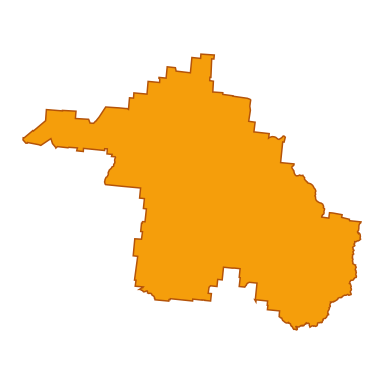 Barcaldine, Queensland, Australia
{"feature_id": "25037944B32668450975374", "entity_name": "Barcaldine", "entity_type": "district", "adm_level": 2, "iso_a3": "AUS", "parent_name": "Australia", "parent_adm1": "Queensland", "projection": "albers", "projection_center": [146.199, -23.052], "detail": "fine", "context": "isolated", "style": "filled", "palette": "amber", "viewbox_px": 384, "rotation_deg": 0, "n_neighbors": 0, "source": "geoboundaries", "source_scale": "gbopen_adm2", "svg_char_len": 6053}
<svg xmlns="http://www.w3.org/2000/svg" viewBox="0 0 384 384"><path d="M25.9,143.2L27.4,143.1L27.5,142.5L38.8,144.7L40.8,145.4L50.9,138.6L52.5,143.6L55.8,147.6L55.9,148.0L57.5,146.6L68.1,147.8L68.8,147.3L77.4,147.9L76.7,150.8L83.3,151.5L83.5,148.4L104.6,150.5L104.7,148.7L107.3,148.8L107.0,153.9L112.1,154.4L111.5,156.5L115.2,156.8L115.5,157.6L115.0,158.5L114.6,159.9L114.7,161.2L115.0,162.0L114.7,162.5L114.7,163.0L114.5,163.6L113.7,164.2L113.7,166.0L113.0,166.5L112.0,166.9L111.3,168.2L109.1,170.3L109.1,170.9L108.2,172.4L108.4,173.1L108.2,173.5L108.3,174.6L107.0,176.9L106.1,177.3L105.3,178.9L105.1,179.8L104.9,180.0L104.9,181.0L104.6,181.5L104.7,182.8L105.0,183.3L105.1,184.0L105.6,184.6L122.2,186.3L140.6,188.0L139.6,198.1L144.4,198.6L143.4,208.5L146.4,208.9L145.0,221.8L142.7,221.6L142.2,222.2L142.1,223.3L141.5,223.3L140.7,231.5L142.5,231.7L141.5,239.2L134.8,238.8L133.2,255.8L137.7,256.3L134.5,280.1L136.0,280.2L135.2,286.2L143.2,286.9L142.9,287.2L142.8,287.7L141.8,287.9L139.4,289.4L140.4,289.4L141.2,290.1L142.5,290.6L143.4,291.7L143.8,291.9L145.4,291.5L146.1,291.1L147.0,290.9L147.4,291.2L147.4,291.9L147.6,292.2L147.5,292.9L148.9,293.5L149.3,293.2L150.8,293.5L150.9,293.4L151.7,294.1L151.9,294.9L152.2,295.2L153.9,296.3L154.4,297.4L154.5,298.4L154.8,298.4L155.0,299.8L168.8,301.1L169.0,299.6L170.1,299.7L170.3,298.7L192.6,301.0L192.8,299.1L202.1,300.1L202.1,299.9L204.8,300.2L204.8,300.4L210.6,301.0L211.4,293.6L208.2,293.3L209.0,287.3L210.5,285.8L217.0,286.5L217.7,279.4L222.2,279.9L223.5,267.2L232.0,268.1L234.6,268.1L240.1,268.7L239.2,277.4L240.2,277.7L239.2,286.5L244.8,287.1L245.9,285.5L246.4,285.1L246.6,284.3L247.4,283.3L249.3,282.3L257.0,283.1L255.3,299.7L254.7,299.6L255.9,301.8L256.1,299.8L267.6,301.0L267.2,305.3L267.9,305.4L267.4,309.7L279.6,310.9L279.2,315.0L279.4,315.2L279.1,316.4L279.2,316.7L279.9,317.1L280.5,317.8L281.6,318.0L282.7,320.5L283.3,320.8L284.5,321.9L285.6,322.7L287.1,323.1L288.4,322.4L288.6,322.6L288.7,323.2L289.4,323.2L289.6,323.5L290.4,323.8L290.7,325.2L291.3,325.7L291.4,326.4L292.1,326.5L292.3,326.8L293.2,328.7L293.8,329.0L293.8,329.3L294.9,329.3L295.1,329.2L296.3,329.9L296.8,329.4L297.2,329.5L297.4,328.9L297.0,328.0L296.7,327.9L296.7,327.7L296.0,327.0L295.9,326.6L296.6,326.5L297.9,327.1L299.1,326.7L299.4,326.8L300.7,325.7L301.0,325.9L301.8,325.9L301.5,325.5L302.1,325.3L303.0,325.4L303.3,325.8L303.7,325.7L304.0,325.5L304.6,324.4L305.7,324.1L305.7,323.4L306.3,322.8L307.1,323.5L307.4,323.2L308.5,323.2L309.3,323.9L309.2,325.1L310.0,327.2L311.6,326.1L312.7,325.8L313.7,326.2L313.9,325.9L314.3,325.9L315.5,326.4L316.8,325.9L317.4,324.9L317.6,323.1L319.1,322.6L319.5,322.8L320.0,322.7L320.3,322.4L320.6,322.3L321.2,322.7L322.1,322.4L322.2,321.5L323.1,320.3L323.2,319.5L323.0,319.3L324.0,318.6L325.4,318.4L326.0,317.6L326.5,317.3L326.6,316.8L327.5,315.1L328.6,314.7L328.5,314.0L327.8,313.5L327.9,311.3L328.8,310.0L329.4,308.6L329.1,307.6L329.8,307.1L330.3,306.4L330.2,305.6L329.9,305.4L329.9,304.5L330.5,303.2L330.5,302.1L331.3,302.5L332.0,302.1L332.1,301.8L333.0,302.0L333.6,301.9L334.0,301.3L334.5,301.4L337.1,299.8L337.1,299.6L337.9,299.0L337.9,298.4L339.1,297.7L340.1,297.5L340.4,297.7L341.2,297.6L341.6,297.2L341.8,297.3L342.6,296.3L344.5,295.2L345.5,295.3L346.5,295.1L347.3,294.5L348.0,294.5L348.6,295.2L349.1,295.2L351.1,294.5L351.0,293.3L350.6,292.9L350.3,292.0L350.5,291.0L351.1,290.3L351.4,289.6L351.3,288.7L350.7,287.7L351.2,286.5L350.3,283.8L349.4,283.6L349.3,283.3L349.8,282.8L349.9,281.6L350.2,281.4L350.8,280.4L353.0,280.1L353.7,279.5L353.9,278.7L355.2,277.6L355.8,277.4L356.2,277.4L356.4,276.5L356.4,276.0L356.0,275.3L355.8,274.3L356.3,272.4L355.9,271.7L356.1,271.0L355.4,270.1L355.3,269.4L355.6,268.9L355.6,268.1L356.2,267.3L355.3,265.4L355.5,265.0L354.5,264.7L352.8,263.6L352.9,262.2L352.4,260.9L352.9,259.7L352.9,259.0L352.3,258.1L352.3,257.6L352.6,257.2L352.4,256.7L352.7,255.5L352.5,254.8L353.7,254.0L352.9,251.9L354.0,250.4L353.9,250.1L353.2,249.6L353.0,249.1L353.1,248.6L352.7,247.4L353.4,246.6L354.7,245.8L354.8,245.3L354.0,244.1L354.1,243.9L354.7,243.3L354.7,241.6L355.9,241.8L357.5,240.8L358.2,240.9L359.5,240.2L360.6,239.1L360.2,238.7L360.1,237.9L360.4,236.7L360.2,234.8L359.7,233.6L359.0,233.0L358.9,232.9L358.5,233.6L357.7,232.5L357.5,231.8L357.6,231.4L358.5,230.5L358.9,228.0L358.8,227.2L359.0,225.1L359.8,223.4L360.6,223.0L361.0,221.9L349.6,220.7L349.3,219.9L349.4,219.3L341.7,217.4L342.1,214.7L332.8,213.0L329.5,212.7L328.8,218.1L321.7,217.1L321.8,216.0L322.4,215.6L322.6,214.6L323.6,214.2L323.9,213.5L324.1,212.8L323.9,211.6L324.5,209.4L324.5,208.7L323.4,207.8L323.6,206.3L322.7,204.2L321.1,203.1L320.4,203.0L318.2,202.1L317.9,201.6L316.7,200.9L315.8,199.5L315.5,198.0L315.6,197.0L314.9,195.8L315.6,194.7L315.3,192.2L315.8,191.4L315.7,190.5L315.0,189.0L313.9,187.8L313.8,187.3L312.6,185.3L310.8,183.9L309.5,183.4L308.0,183.1L307.4,182.0L307.0,182.0L306.4,181.5L306.1,180.9L304.6,179.4L304.5,179.0L304.6,177.6L303.2,176.2L302.9,175.3L300.9,175.6L299.7,175.0L298.2,175.7L296.7,175.9L295.8,175.5L295.1,174.8L294.3,173.2L293.8,170.7L293.5,170.6L293.5,170.3L292.1,168.3L291.9,167.4L292.2,166.3L293.4,165.8L294.0,164.8L294.0,163.9L280.6,162.6L282.7,142.0L284.1,142.1L285.3,137.2L283.9,136.0L283.1,136.1L281.8,137.6L279.0,139.4L277.9,139.1L275.7,137.3L274.1,136.8L272.2,136.6L271.1,136.9L269.6,137.4L268.6,138.1L269.2,133.6L253.9,131.9L255.1,122.2L248.7,121.3L250.4,110.2L249.8,106.2L250.7,100.0L250.0,99.3L247.4,98.3L232.9,96.2L233.0,95.8L222.8,94.4L222.8,92.7L212.8,92.0L213.4,81.2L209.7,80.6L209.9,77.3L210.9,77.4L211.7,58.9L213.9,59.0L214.3,55.0L200.9,54.1L200.6,58.4L191.9,57.5L190.4,72.8L176.1,71.1L175.4,67.7L167.2,66.8L166.1,78.1L159.0,77.4L158.9,78.3L159.8,79.3L159.6,82.5L148.1,81.4L147.0,94.1L133.9,92.9L133.5,98.1L129.5,97.8L128.5,109.4L127.0,108.5L126.4,108.6L119.1,107.9L105.7,107.0L99.1,117.1L96.8,119.9L96.5,120.6L95.5,121.4L95.4,121.3L93.6,123.3L90.1,123.1L88.6,119.3L75.4,118.5L76.0,111.2L62.5,110.4L62.5,110.9L46.4,109.6L45.6,120.7L33.4,131.0L32.9,130.5L24.2,137.8L23.2,137.7L23.0,139.9L25.9,143.2Z" fill="#f59e0b" stroke="#b45309" stroke-width="1.5"/></svg>